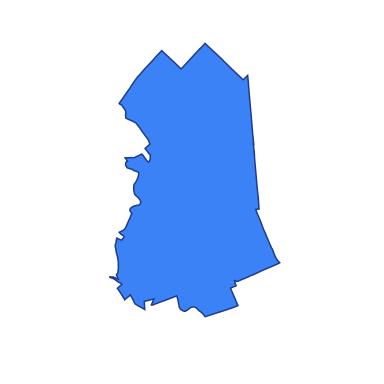 the district of Nuci, Ilfov, Romania, rotated 37°
{"feature_id": "2599482B37933054292549", "entity_name": "Nuci", "entity_type": "district", "adm_level": 2, "iso_a3": "ROU", "parent_name": "Romania", "parent_adm1": "Ilfov", "projection": "orthographic", "projection_center": [26.307, 44.722], "detail": "fine", "context": "isolated", "style": "filled", "palette": "blue", "viewbox_px": 384, "rotation_deg": 37, "n_neighbors": 0, "source": "geoboundaries", "source_scale": "gbopen_adm2", "svg_char_len": 5829}
<svg xmlns="http://www.w3.org/2000/svg" viewBox="0 0 384 384"><g transform="rotate(37 192 192)"><path d="M304.7,195.8L304.7,195.7L302.3,195.3L301.6,195.2L301.1,195.0L299.6,194.5L299.3,194.4L297.7,193.6L294.9,192.1L294.1,191.5L292.1,190.2L290.2,189.1L289.0,188.8L288.0,188.1L286.6,187.4L283.9,185.8L282.3,184.9L275.1,180.7L274.0,180.1L272.7,179.4L272.0,179.0L271.9,179.0L271.4,178.7L270.9,178.4L270.6,178.2L269.9,177.7L266.8,175.7L266.3,175.4L265.1,174.6L264.5,174.2L261.2,172.3L258.8,171.0L255.3,168.8L253.4,167.5L253.8,167.1L254.5,166.5L255.8,165.3L247.8,156.0L247.6,155.9L243.8,151.9L240.5,148.3L239.3,147.0L230.8,137.5L223.1,129.0L220.2,125.7L219.7,125.0L219.5,124.7L218.7,123.8L216.7,121.5L216.2,121.2L213.6,118.3L212.1,116.7L212.5,116.6L212.2,116.3L206.6,110.2L206.3,110.0L199.9,102.8L184.8,86.0L176.6,76.9L172.1,71.8L169.2,68.6L166.4,65.5L166.3,65.4L166.2,65.8L166.1,66.5L166.0,67.1L165.9,67.9L165.5,71.1L165.4,71.4L165.1,71.5L164.0,71.5L162.1,71.2L159.8,71.0L158.2,70.8L150.3,69.9L137.2,68.2L136.9,68.0L130.0,67.3L112.9,65.5L112.8,68.2L112.6,69.2L112.4,70.5L112.4,71.0L112.3,71.5L112.3,72.2L112.2,72.7L112.0,72.8L110.0,93.2L109.9,93.6L109.9,94.0L109.3,100.1L109.0,100.2L108.6,100.2L98.8,99.0L96.9,98.9L96.3,98.8L96.0,98.7L95.7,98.7L94.2,98.6L93.8,98.5L93.6,98.5L93.1,98.4L92.3,98.3L92.1,98.3L91.8,98.3L90.9,98.2L90.7,98.2L87.1,97.8L85.9,97.7L82.7,97.3L81.6,107.3L81.7,107.5L80.9,115.5L80.7,116.9L80.7,117.1L80.2,121.6L80.2,121.8L80.2,122.0L80.1,122.3L79.6,130.9L79.4,131.0L79.3,132.5L79.3,137.0L79.4,138.5L79.4,139.2L79.5,140.7L79.6,143.2L79.8,145.4L79.9,146.5L79.9,147.5L79.9,148.7L80.0,151.3L80.1,153.7L80.1,155.5L80.3,157.1L80.4,161.3L80.4,163.3L80.5,165.1L81.0,165.3L82.5,165.1L83.5,164.9L84.0,165.0L84.5,165.1L85.6,165.6L86.2,165.8L86.7,166.0L88.2,166.4L89.8,167.1L90.2,167.3L91.0,168.0L91.7,168.9L92.3,169.9L92.7,170.5L93.2,171.2L94.5,172.7L97.0,172.4L100.8,171.4L105.5,170.6L107.2,171.0L109.3,171.6L111.7,172.3L112.1,172.4L112.9,172.7L113.6,172.9L115.0,173.4L115.6,173.6L116.8,174.0L117.9,174.3L119.3,174.7L120.8,175.2L122.1,175.5L126.2,176.8L127.1,177.5L128.3,178.3L129.6,179.1L128.3,185.5L130.9,186.2L134.0,187.1L136.9,187.9L136.9,188.0L138.0,189.8L139.0,191.2L139.5,194.0L139.0,194.2L138.5,194.3L138.0,194.4L135.5,193.7L133.1,192.9L130.2,192.0L130.1,192.3L129.0,192.0L125.1,199.5L123.4,200.6L118.2,204.8L118.0,205.0L118.3,205.1L119.1,205.3L119.6,205.4L120.2,205.6L120.5,205.8L121.0,205.9L122.0,206.4L121.6,206.8L121.5,207.5L121.5,208.2L121.6,208.8L122.2,209.8L122.8,210.4L123.6,210.8L124.0,211.1L124.5,211.2L125.0,211.4L125.6,211.6L126.4,211.5L127.8,211.0L129.6,210.3L130.0,210.1L130.4,209.7L130.9,209.9L131.7,209.9L132.2,209.9L133.0,209.8L134.5,209.2L135.4,208.9L136.5,208.6L137.3,208.6L138.2,209.2L139.1,210.6L139.5,211.5L140.4,213.9L141.1,217.3L141.1,218.3L141.1,220.1L141.4,221.4L142.3,222.8L143.5,224.5L144.8,226.0L146.5,227.5L147.1,228.0L147.7,228.2L148.5,228.5L149.4,228.7L152.2,228.8L154.1,229.3L155.7,229.8L156.7,230.4L157.2,231.0L157.7,232.4L157.8,233.0L157.6,234.1L157.0,235.0L155.8,236.0L154.5,237.7L153.8,238.7L152.9,241.0L152.7,242.2L152.9,243.1L153.3,243.8L153.6,244.1L154.2,244.5L155.1,244.8L156.9,245.2L156.9,245.3L157.1,246.7L157.4,247.7L157.6,248.5L158.0,249.8L158.6,252.6L159.9,258.0L160.7,261.7L160.4,262.7L160.0,264.7L159.2,265.7L158.2,267.8L158.1,268.0L159.0,268.2L160.3,268.4L161.4,268.4L162.3,268.3L163.4,268.1L164.1,268.1L164.8,269.0L164.8,272.5L164.7,272.8L164.5,273.0L163.3,273.2L161.7,273.7L160.9,273.8L160.4,273.8L159.7,274.0L160.1,274.9L160.7,276.4L161.0,276.8L161.3,277.2L161.5,277.2L161.5,277.6L161.8,277.9L161.9,278.2L162.0,278.9L162.3,279.9L162.5,280.4L162.9,281.0L163.2,281.4L163.7,281.8L163.9,282.0L164.3,282.4L165.3,283.2L165.8,283.7L166.8,284.8L167.4,285.2L167.9,285.9L169.1,286.7L171.2,288.4L172.9,290.0L174.7,291.6L175.4,292.5L176.1,293.3L177.1,294.7L177.9,295.6L179.6,298.1L179.8,298.5L180.2,299.0L180.6,299.6L180.7,300.0L181.0,300.7L181.2,300.9L181.3,301.2L181.4,301.6L181.4,302.7L181.3,303.3L181.5,303.6L181.7,303.8L182.1,304.0L182.4,304.2L182.9,304.5L183.4,304.8L183.8,305.0L184.0,305.1L184.4,305.3L184.6,305.5L184.9,305.6L185.1,305.7L185.4,305.8L185.7,306.0L185.2,306.2L184.4,306.4L183.7,306.6L182.8,306.7L182.2,306.8L181.8,306.8L180.0,307.4L179.7,307.7L179.3,308.0L178.8,308.4L178.3,308.6L177.9,308.8L177.5,309.0L177.6,309.3L177.7,309.5L178.4,309.4L180.3,308.8L181.9,308.4L182.7,308.3L183.3,308.3L184.1,308.3L186.6,308.3L187.4,308.2L188.4,308.1L189.2,307.9L190.2,307.8L190.5,307.8L191.2,308.0L191.7,308.1L191.7,308.4L191.4,308.4L191.4,308.9L191.3,309.4L190.8,311.7L190.3,313.8L190.5,313.9L192.2,314.4L193.9,315.0L196.2,315.8L197.1,316.1L198.5,316.7L199.5,317.1L201.0,317.7L202.3,318.2L203.1,318.6L203.2,318.0L203.6,316.4L204.0,314.6L204.5,312.7L204.7,311.2L205.8,311.8L207.0,312.3L207.8,312.6L208.4,312.9L209.0,313.2L210.4,313.9L211.6,314.5L213.1,315.3L213.7,315.5L214.0,315.6L214.3,315.6L215.3,315.5L216.5,315.3L217.5,315.3L219.1,315.0L220.7,314.8L222.6,314.6L223.8,314.4L225.0,314.3L219.7,308.1L225.6,300.9L225.9,300.4L227.0,304.6L227.5,306.7L228.6,306.0L229.4,304.5L234.4,296.7L235.5,295.1L237.3,292.2L241.8,285.0L242.2,284.2L244.6,285.7L251.4,291.8L253.5,292.5L256.0,292.4L257.6,291.9L258.5,291.2L259.2,289.5L260.0,286.8L260.3,285.5L261.2,283.8L262.3,282.9L263.3,282.3L265.0,282.0L267.0,282.2L269.1,282.6L271.5,282.5L273.6,282.7L275.3,283.0L277.5,283.7L282.9,276.0L288.4,268.3L293.1,261.4L294.2,259.8L297.1,255.1L291.2,251.7L280.6,245.6L283.7,240.3L282.7,239.7L282.0,239.3L279.3,237.2L279.9,236.7L281.4,236.5L281.7,236.4L281.9,236.3L282.0,236.1L283.3,234.0L284.4,232.0L285.9,229.6L288.2,225.6L288.4,225.3L288.5,224.6L288.7,224.3L289.1,223.6L289.9,222.4L290.6,221.4L293.0,217.0L293.8,215.4L294.6,214.0L294.9,213.3L296.6,210.2L298.7,206.6L298.9,206.3L301.0,202.6L302.2,200.5L303.8,197.5L304.7,195.8Z" fill="#3b82f6" stroke="#1e3a8a" stroke-width="1.5"/></g></svg>